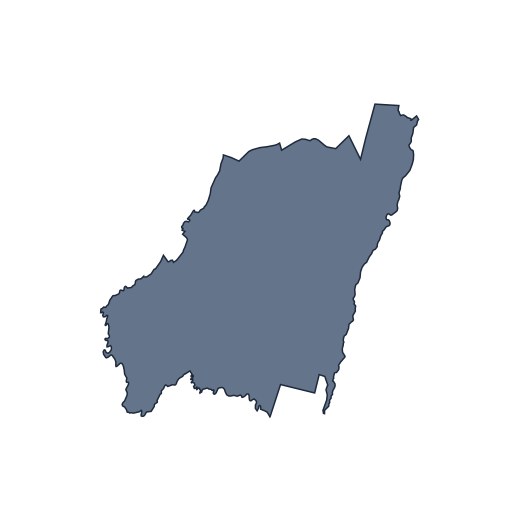 Jeru pag., Rujienas, Latvia, rotated 292°
{"feature_id": "27541924B27109633258340", "entity_name": "Jeru pag.", "entity_type": "district", "adm_level": 2, "iso_a3": "LVA", "parent_name": "Latvia", "parent_adm1": "Rujienas", "projection": "equal_earth", "projection_center": [25.326, 57.845], "detail": "fine", "context": "isolated", "style": "filled", "palette": "slate", "viewbox_px": 512, "rotation_deg": 292, "n_neighbors": 0, "source": "geoboundaries", "source_scale": "gbopen_adm2", "svg_char_len": 6127}
<svg xmlns="http://www.w3.org/2000/svg" viewBox="0 0 512 512"><g transform="rotate(292 256 256)"><path d="M135.5,378.6L138.6,377.4L144.0,379.7L146.0,379.0L147.9,379.2L149.3,378.4L150.1,378.3L152.3,378.9L154.2,378.1L156.3,378.8L158.1,377.9L160.4,377.7L163.1,378.1L165.0,378.0L167.0,377.2L168.9,374.6L168.7,374.2L169.0,373.9L170.8,373.6L171.7,373.9L172.9,373.2L176.8,372.6L177.6,373.1L178.1,374.3L181.1,375.1L182.1,375.2L184.5,374.4L184.9,373.8L185.3,373.6L186.2,373.6L189.5,374.2L195.7,376.3L196.4,376.1L199.2,372.3L202.4,370.7L205.9,370.3L207.6,369.7L208.9,369.8L210.8,368.3L214.7,367.7L217.1,369.0L223.7,368.9L227.5,367.8L230.7,369.2L231.7,370.0L233.2,370.3L236.5,368.2L237.9,368.2L241.9,368.8L245.1,367.5L246.5,367.3L247.4,366.7L247.8,365.3L248.3,364.9L250.1,364.6L251.0,363.9L251.7,362.8L253.0,362.0L255.3,362.5L257.4,362.3L262.1,360.0L266.3,359.3L267.4,359.6L268.7,360.4L269.6,360.6L274.8,360.6L280.4,358.9L285.2,358.6L289.0,359.4L291.6,360.9L297.5,361.3L301.5,362.3L305.0,362.4L306.1,363.2L306.7,363.9L309.1,364.7L310.6,364.8L311.8,364.2L314.6,364.0L317.1,364.5L321.4,364.1L324.8,364.6L325.7,364.1L326.6,364.2L328.4,365.0L331.9,365.8L334.0,368.0L335.1,368.4L336.7,368.0L338.5,366.5L339.1,365.4L338.7,363.5L339.3,362.9L340.7,362.0L343.2,361.9L344.1,362.3L344.9,363.3L344.3,365.6L344.9,366.5L350.1,369.6L351.3,369.8L353.4,369.5L355.8,367.9L359.4,367.1L361.8,367.3L365.2,366.9L368.2,364.9L372.5,364.6L374.4,363.9L381.5,362.7L383.7,363.1L386.4,364.6L393.1,366.6L399.9,366.4L404.3,365.8L409.2,364.1L412.3,362.3L412.7,361.6L412.6,360.6L412.8,359.8L413.8,358.3L414.7,357.2L416.1,356.3L419.1,357.0L420.6,357.0L423.6,355.7L428.4,355.5L434.2,354.0L437.6,355.8L441.8,355.2L443.5,355.6L446.0,352.4L440.1,349.2L439.9,348.8L441.1,348.4L441.3,347.3L441.0,344.4L441.5,343.5L442.1,340.2L441.4,338.7L440.4,337.6L441.6,335.9L443.4,334.5L444.2,333.2L449.0,332.1L441.4,309.4L407.0,313.5L384.8,316.7L402.3,297.1L385.4,289.7L383.7,280.9L384.2,278.5L386.8,270.5L387.0,267.4L386.3,265.5L385.2,264.2L383.1,262.9L382.7,257.9L381.6,254.6L376.5,249.7L363.7,240.1L369.5,235.6L367.0,233.5L365.5,231.6L361.5,225.4L358.0,219.1L353.0,212.6L350.2,210.2L337.6,204.7L338.0,196.6L337.5,187.9L334.6,188.8L328.2,189.0L321.4,190.4L316.3,189.9L313.5,189.2L302.3,188.8L296.5,190.3L289.6,190.9L284.6,190.6L282.3,189.7L280.7,189.6L277.8,187.3L275.0,186.5L274.5,185.8L274.5,184.7L273.8,182.9L275.2,181.8L275.2,181.4L274.5,181.0L269.5,180.2L265.1,178.6L264.5,179.1L265.0,180.4L264.9,180.8L264.0,181.3L262.4,180.6L262.0,178.2L261.4,177.3L259.1,176.5L257.8,176.8L255.5,176.1L254.3,176.6L254.4,177.7L254.1,178.1L252.3,177.7L252.2,178.3L252.2,180.9L248.7,179.8L246.9,184.9L245.4,186.4L237.8,186.8L233.8,186.6L232.7,187.0L223.3,184.3L221.8,183.7L219.2,181.9L220.8,180.1L220.1,178.7L218.2,177.5L217.7,176.6L222.0,169.9L215.2,169.7L206.5,167.7L205.5,166.5L200.1,165.5L195.6,162.4L194.4,159.4L194.8,159.3L191.9,158.0L190.9,156.5L190.6,155.6L188.6,154.0L187.6,153.7L185.4,154.3L183.9,154.3L182.0,152.9L180.1,152.3L178.1,148.7L179.0,147.0L179.0,146.4L178.6,146.0L177.6,145.7L174.5,146.3L174.1,146.0L173.8,143.5L173.5,143.0L172.6,142.8L170.5,143.2L169.2,142.8L166.5,140.1L165.9,138.7L165.3,138.1L160.2,137.0L156.4,137.3L155.1,137.0L153.8,136.3L152.2,135.9L151.7,135.3L151.8,134.2L151.6,133.9L149.6,133.1L149.2,132.3L147.8,132.3L145.2,133.2L145.4,133.8L146.7,134.9L146.3,135.8L143.7,136.1L143.3,136.3L142.4,137.3L143.0,138.7L145.2,140.1L145.1,140.7L143.7,141.2L141.9,141.1L139.5,141.7L135.5,142.0L135.2,142.4L135.4,142.8L137.6,143.4L137.8,143.9L137.5,144.6L135.0,146.3L128.7,148.1L128.1,148.6L127.5,149.6L126.1,150.4L125.1,150.2L124.0,149.3L123.5,148.4L123.4,147.5L122.7,147.1L121.9,147.3L121.5,148.7L122.1,149.9L121.7,150.6L120.1,151.2L117.4,151.2L115.9,151.9L116.3,152.7L118.4,154.6L117.9,155.6L116.8,156.3L115.1,156.9L113.9,156.8L111.8,156.2L110.5,155.4L110.3,154.5L110.5,153.1L112.1,151.6L112.3,151.0L112.0,150.4L109.9,150.2L107.7,151.6L105.6,154.7L105.5,155.4L106.8,156.8L109.7,158.4L110.1,159.2L110.0,159.8L107.9,163.2L106.8,164.5L104.9,165.9L101.6,167.2L101.1,167.7L101.6,168.3L105.6,170.3L106.1,171.0L106.1,172.0L104.9,173.6L103.9,174.5L100.6,176.7L97.2,178.5L94.5,181.9L91.3,182.6L90.7,183.0L90.5,183.5L91.1,184.8L90.7,185.4L88.9,185.8L83.8,185.3L83.1,185.6L81.0,187.8L78.8,188.6L72.5,188.5L69.6,187.4L68.0,187.6L67.0,188.5L66.7,190.9L65.1,193.3L63.0,195.1L63.4,196.3L63.1,197.6L63.8,198.7L64.5,201.4L67.9,206.2L69.6,207.1L69.9,207.6L69.0,208.3L65.3,209.1L64.6,209.7L65.0,211.2L65.8,212.0L66.9,212.4L70.3,212.9L72.7,217.0L78.2,218.0L80.4,217.4L83.4,219.3L84.0,219.1L84.6,218.4L92.0,218.9L92.5,219.5L93.1,219.7L95.6,218.8L98.4,219.9L102.0,220.1L102.6,220.6L102.6,221.3L102.0,223.1L105.3,226.7L105.9,228.9L106.4,229.6L107.6,229.9L110.3,229.8L113.0,230.3L115.2,231.6L116.9,233.1L118.3,233.2L120.3,234.3L120.2,234.6L124.7,237.8L122.2,241.2L120.8,240.7L120.2,240.9L121.5,242.2L121.5,242.6L121.0,243.0L120.5,243.0L119.3,242.2L117.3,241.6L117.1,241.8L117.5,242.4L118.3,242.7L118.5,243.2L118.3,243.5L117.0,243.9L114.6,243.3L114.3,243.6L114.3,243.9L115.3,244.7L114.9,246.4L113.5,247.7L111.7,247.0L110.1,248.4L111.0,250.1L112.2,250.1L112.3,250.3L111.8,250.6L110.3,250.8L110.0,251.2L112.1,252.2L112.2,253.2L111.5,253.6L110.6,254.9L110.1,255.2L108.4,255.0L107.9,255.4L109.7,256.6L111.1,256.3L112.5,256.7L115.1,260.1L115.3,261.0L115.0,262.0L115.5,264.2L114.9,265.8L115.9,266.9L115.3,267.5L113.2,267.7L112.5,268.0L112.2,268.9L112.4,269.5L114.2,270.3L119.2,270.5L120.3,271.9L121.4,273.8L121.3,275.2L120.7,276.5L118.0,278.9L116.3,280.9L116.0,283.2L116.6,284.8L118.5,287.7L119.0,291.3L121.2,293.4L121.0,294.7L119.8,295.8L119.9,296.5L121.6,298.0L124.8,299.4L125.1,300.4L124.9,301.0L124.0,301.9L120.8,303.4L119.9,304.1L119.6,304.7L119.9,305.7L121.7,306.7L122.7,307.8L122.0,310.0L121.3,310.9L119.7,311.5L117.7,311.3L114.9,312.3L114.3,312.7L112.9,315.0L116.4,315.4L117.0,314.9L117.8,314.9L118.6,315.3L118.8,315.9L117.8,316.9L115.7,317.7L115.7,322.4L115.3,325.0L112.6,328.6L111.5,329.3L146.0,326.9L151.0,361.7L169.7,359.0L170.1,364.9L163.1,371.0L162.7,370.8L158.2,371.0L153.9,374.1L148.9,375.5L138.0,375.9L135.4,377.5L135.5,378.6Z" fill="#64748b" stroke="#1e293b" stroke-width="1.5"/></g></svg>